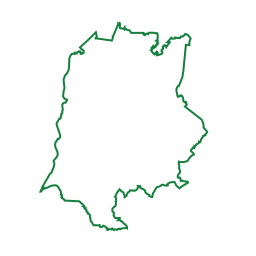 Tlalpujahua, Michoacán, Mexico, rotated 187°
{"feature_id": "50627088B72545798273155", "entity_name": "Tlalpujahua", "entity_type": "district", "adm_level": 2, "iso_a3": "MEX", "parent_name": "Mexico", "parent_adm1": "Michoacán", "projection": "natural_earth1", "projection_center": [-100.216, 19.784], "detail": "fine", "context": "isolated", "style": "outline", "palette": "green", "viewbox_px": 256, "rotation_deg": 187, "n_neighbors": 0, "source": "geoboundaries", "source_scale": "gbopen_adm2", "svg_char_len": 5760}
<svg xmlns="http://www.w3.org/2000/svg" viewBox="0 0 256 256"><g transform="rotate(187 128 128)"><path d="M207.1,54.2L206.5,54.3L205.2,57.0L204.8,57.2L205.2,58.9L204.4,58.9L203.5,57.7L200.5,59.2L197.3,61.2L194.2,62.2L192.0,62.2L190.4,61.4L187.2,57.1L186.5,55.9L186.4,54.3L186.6,53.9L185.4,53.3L185.4,52.1L185.1,51.7L185.7,51.2L184.8,50.2L183.4,49.9L182.1,48.3L167.3,49.3L162.2,45.5L162.0,44.8L162.2,44.7L161.7,44.6L161.8,43.4L160.7,42.6L160.3,43.0L160.2,42.2L159.3,41.8L159.1,41.4L159.3,40.6L159.0,40.0L157.5,39.3L157.6,38.3L157.3,38.0L155.9,37.7L155.5,37.4L155.0,36.2L155.0,34.8L154.2,33.7L154.1,32.5L153.4,30.9L152.0,29.6L151.1,28.1L150.1,27.2L148.7,27.6L145.6,27.7L144.3,28.2L143.8,26.6L143.1,26.2L141.8,26.6L140.7,28.0L140.3,28.1L139.6,27.6L138.3,27.5L137.6,26.3L136.7,26.1L136.2,24.4L136.0,24.2L135.5,24.4L134.7,25.6L133.8,25.3L131.8,25.3L131.5,26.4L130.8,26.2L130.2,25.5L129.4,25.0L129.0,25.6L128.5,25.7L127.3,25.8L126.5,25.6L126.0,26.3L124.4,27.0L123.7,26.5L123.2,26.5L122.4,27.4L119.8,28.1L117.3,28.5L116.7,28.3L117.0,29.9L117.4,30.4L119.4,32.2L120.4,32.5L121.7,33.6L122.0,34.1L122.6,34.2L123.5,34.9L123.9,34.8L124.9,35.6L126.7,35.3L125.7,36.8L125.2,37.1L125.1,37.5L125.2,37.8L126.0,37.4L127.7,37.5L128.8,37.0L130.1,37.3L130.3,37.8L131.0,38.4L131.4,39.5L131.8,40.0L131.8,40.7L131.5,41.9L132.1,42.8L132.9,43.0L133.5,43.8L133.6,46.2L132.3,47.6L131.9,48.3L131.1,48.9L130.8,49.7L130.8,51.7L131.0,53.1L131.3,53.5L131.0,54.1L131.2,56.7L131.8,57.9L132.6,58.3L132.1,59.1L130.8,63.0L129.1,65.4L129.0,66.1L127.4,65.1L126.8,64.2L125.5,64.0L124.7,63.4L122.9,59.9L123.1,57.9L122.2,60.3L121.3,60.4L121.3,61.0L120.3,63.9L118.8,65.2L118.3,66.4L117.3,66.2L116.4,66.6L115.9,66.4L114.9,66.7L114.2,66.4L112.9,67.0L111.7,67.9L111.3,68.7L110.9,70.2L111.3,71.7L111.0,71.8L110.3,71.4L109.0,72.0L108.7,71.7L108.9,70.9L108.7,70.4L107.3,69.6L105.1,69.1L103.7,68.0L103.4,68.0L103.3,67.2L102.6,66.0L100.5,64.7L98.8,64.2L98.8,63.3L97.6,62.7L95.5,62.5L95.3,66.1L94.2,68.1L93.3,70.7L92.3,72.6L89.0,74.2L87.5,75.7L86.5,76.0L84.7,75.4L81.6,75.7L81.5,76.0L82.1,76.3L82.2,76.7L81.5,77.8L79.1,79.3L75.7,80.1L74.9,79.7L73.5,77.4L72.5,76.4L69.6,74.4L69.0,75.1L68.3,75.4L68.1,76.1L61.9,81.0L61.7,81.4L62.4,82.0L66.6,82.0L68.3,82.4L69.2,81.9L69.7,83.9L70.4,85.0L70.9,85.2L72.0,84.8L72.4,84.9L72.6,85.2L72.7,87.0L72.0,88.8L71.3,89.3L71.0,90.0L71.0,91.0L71.5,92.6L72.6,94.8L72.3,95.8L72.4,96.5L73.4,98.9L73.4,100.8L72.3,100.5L69.6,100.8L67.9,101.2L65.6,102.1L64.5,103.1L63.9,105.0L61.5,108.2L59.3,109.8L60.6,111.4L62.4,112.5L62.8,113.1L62.9,113.6L62.6,114.4L60.8,116.0L60.3,116.1L60.5,116.4L61.3,116.3L61.3,116.5L59.7,116.9L59.9,118.1L59.4,117.9L59.1,118.0L58.2,120.1L56.7,120.9L56.1,121.5L55.9,122.7L55.5,122.2L54.6,122.7L53.9,126.2L53.7,126.7L53.1,127.0L52.5,129.3L50.9,129.8L50.4,130.3L50.8,130.7L49.6,132.2L48.9,133.9L53.0,137.6L53.6,141.1L55.4,144.7L56.1,145.4L74.1,156.2L73.1,157.5L72.5,158.7L73.3,159.1L73.7,159.6L73.5,160.8L74.0,161.0L75.2,160.6L76.4,161.6L76.5,162.5L77.7,165.9L78.5,166.2L78.7,166.7L79.5,166.6L80.1,166.1L80.2,166.5L82.1,165.1L82.9,165.9L83.7,168.9L84.3,170.1L84.7,172.4L83.9,175.2L83.5,175.6L82.8,175.7L81.1,181.4L81.0,182.7L80.3,184.3L80.0,191.1L80.7,217.6L77.2,217.7L77.2,218.7L77.6,219.8L77.3,222.4L76.7,224.3L77.8,225.7L80.1,227.7L81.4,228.1L82.5,227.9L82.8,228.2L83.1,227.9L83.0,227.6L83.3,227.0L84.4,225.9L84.9,225.8L85.1,225.3L86.8,225.2L87.4,223.6L90.2,223.3L92.3,223.6L92.4,222.5L95.0,222.0L96.1,222.9L98.0,219.8L99.5,218.0L97.1,218.1L98.2,216.0L99.2,214.6L99.9,212.9L100.5,213.9L101.5,214.7L101.9,214.7L102.1,213.9L103.1,213.4L103.2,212.6L102.5,212.5L103.2,212.3L102.8,210.8L103.7,210.2L104.1,209.7L104.1,209.0L104.1,208.3L103.3,208.0L103.1,206.1L106.1,204.4L108.0,203.8L107.6,206.2L108.6,207.2L108.9,207.3L109.8,205.1L110.2,205.4L110.5,204.9L110.4,204.5L110.6,204.3L112.3,205.4L113.4,206.5L113.5,207.2L114.5,207.8L114.3,207.9L114.3,208.7L113.4,209.6L113.8,209.7L111.5,210.3L114.2,210.6L113.0,212.4L112.7,211.7L112.3,211.5L112.2,212.0L111.6,211.5L111.1,212.1L111.0,211.5L110.7,211.5L110.8,212.7L109.7,213.3L109.3,214.3L109.8,214.5L109.3,215.1L108.8,215.0L108.5,215.7L109.5,215.7L109.1,218.0L110.7,218.1L109.4,219.7L109.9,224.1L110.8,225.7L113.3,225.3L114.0,225.7L119.4,225.0L119.0,225.0L119.0,224.7L119.7,224.1L119.4,223.9L119.5,223.7L120.1,224.2L120.5,224.1L120.6,223.8L121.9,223.6L121.8,223.4L122.6,223.0L122.4,222.5L122.8,222.2L123.3,222.4L123.2,222.7L123.7,222.7L124.6,223.6L124.3,224.2L124.5,224.3L136.4,222.8L138.3,225.1L141.1,225.3L141.5,225.8L141.7,225.6L142.9,225.8L143.3,226.3L143.6,227.5L143.8,227.1L143.8,225.7L144.0,225.9L147.7,226.1L148.4,226.4L148.5,229.4L149.0,230.8L148.6,231.8L149.1,231.3L149.7,230.0L149.9,230.4L150.2,230.2L150.5,230.5L150.7,228.7L154.0,217.1L154.3,217.0L154.0,215.6L154.7,212.8L170.4,213.1L170.9,212.9L171.1,213.6L170.1,214.6L170.1,215.0L171.6,219.1L176.9,212.2L185.5,202.1L182.3,199.7L181.6,199.6L181.1,197.5L181.3,197.2L182.6,196.9L182.9,195.9L183.6,195.7L184.9,197.8L185.2,197.7L185.3,198.2L185.8,197.8L186.3,197.9L187.4,197.1L187.6,196.6L188.1,196.1L188.0,195.7L189.2,195.6L189.9,194.9L190.4,195.1L190.4,195.9L191.3,195.0L193.0,194.6L194.1,192.2L194.7,189.6L194.0,182.3L194.0,178.3L195.2,174.7L197.1,172.1L197.4,169.6L197.8,169.1L197.8,168.0L195.9,159.9L196.4,156.0L196.3,151.4L194.8,149.6L193.5,149.0L192.1,148.8L191.8,148.4L193.0,145.5L193.7,145.5L195.3,144.9L196.1,143.2L195.6,140.6L195.0,138.5L195.0,137.8L195.4,137.0L195.1,136.3L195.1,134.3L195.9,133.8L196.0,130.1L196.4,129.0L197.3,129.0L199.4,123.8L199.2,122.7L198.0,119.9L194.7,113.2L194.2,111.1L194.7,109.6L195.7,108.5L196.4,108.6L198.3,104.4L198.3,102.2L197.9,100.8L197.4,99.5L195.2,95.9L194.5,93.3L194.9,91.1L197.4,87.1L197.9,86.0L196.7,83.8L196.9,80.2L198.6,74.2L199.8,73.1L205.2,60.6L207.1,54.2Z" fill="none" stroke="#15803d" stroke-width="2"/></g></svg>